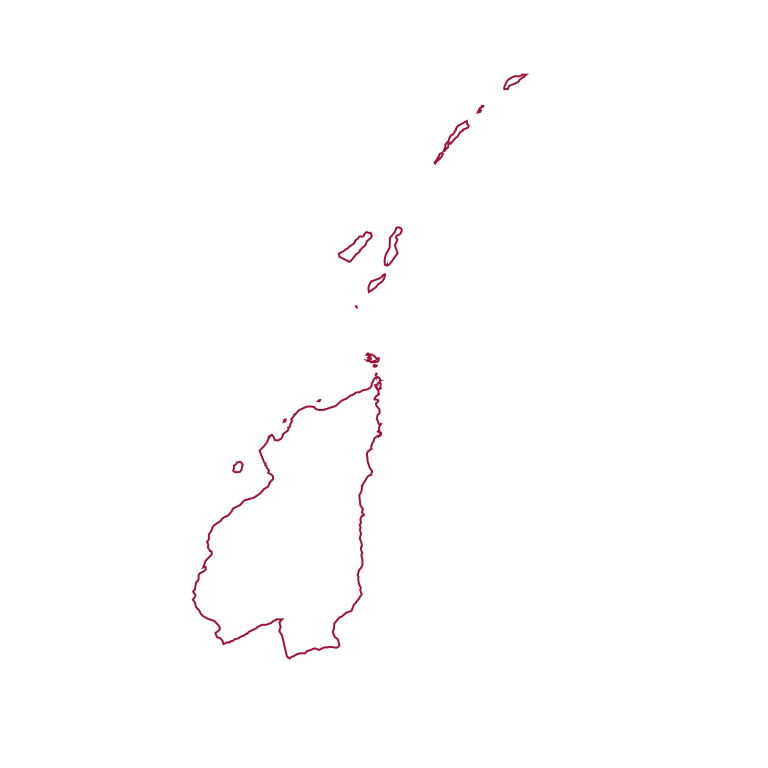 Seram Bagian Timur, Maluku, Indonesia, rotated 242°
{"feature_id": "22746128B38603798591380", "entity_name": "Seram Bagian Timur", "entity_type": "district", "adm_level": 2, "iso_a3": "IDN", "parent_name": "Indonesia", "parent_adm1": "Maluku", "projection": "equal_earth", "projection_center": [130.853, -3.88], "detail": "fine", "context": "isolated", "style": "outline", "palette": "rose", "viewbox_px": 768, "rotation_deg": 242, "n_neighbors": 0, "source": "geoboundaries", "source_scale": "gbopen_adm2", "svg_char_len": 6182}
<svg xmlns="http://www.w3.org/2000/svg" viewBox="0 0 768 768"><g transform="rotate(242 384 384)"><path d="M173.9,221.8L180.1,223.4L184.1,221.7L189.2,222.4L191.1,224.6L195.9,227.8L198.8,235.2L198.5,237.6L199.8,243.4L198.9,248.8L202.9,253.3L206.5,261.9L207.2,262.4L208.7,265.5L213.3,266.3L214.7,267.7L219.6,268.1L223.3,269.4L225.8,271.0L227.3,270.9L231.3,274.5L232.5,277.6L234.5,280.2L239.2,282.5L243.6,283.7L244.4,285.2L249.4,286.2L250.8,287.2L250.9,288.3L253.3,289.3L259.3,290.3L262.5,293.4L266.6,294.4L268.4,296.0L271.0,296.5L272.4,298.6L275.3,299.5L277.0,300.9L277.9,302.6L277.5,304.2L277.8,304.9L281.1,304.2L283.6,306.8L287.6,306.1L297.2,309.8L299.7,313.5L304.2,317.0L304.5,316.7L309.9,326.1L310.2,328.2L309.7,329.8L312.5,332.5L316.8,332.1L323.2,333.2L330.7,336.3L332.1,338.1L331.8,338.8L332.6,340.7L332.4,342.5L334.6,343.2L337.1,345.6L338.1,347.8L340.5,350.0L341.1,352.8L341.0,354.4L340.2,354.4L340.8,356.8L340.4,356.9L341.3,358.1L342.4,358.4L341.0,357.4L341.3,356.9L342.5,358.2L342.8,357.6L343.8,357.7L343.8,356.8L344.9,356.3L345.3,358.0L348.3,359.5L350.1,362.4L350.8,360.7L356.9,361.4L359.8,364.0L360.4,366.5L364.0,368.1L367.8,367.1L369.8,367.4L370.7,368.0L371.2,370.4L372.3,371.3L373.3,370.8L374.5,368.6L375.2,368.5L376.8,370.8L377.3,374.7L378.1,374.4L378.8,375.3L380.6,375.8L386.5,375.3L386.9,375.9L386.5,376.4L387.4,379.3L387.4,380.6L388.8,381.6L388.7,382.5L389.1,382.0L389.5,382.6L391.9,382.7L393.1,381.7L392.7,380.8L393.3,381.0L393.7,379.6L393.0,377.7L390.4,373.7L388.3,372.2L387.1,369.9L387.1,366.1L388.3,363.2L388.3,358.4L389.6,355.3L389.0,352.1L389.5,348.8L388.7,343.6L389.2,339.2L387.3,331.0L389.6,318.2L391.6,314.4L393.8,312.1L396.6,311.4L399.1,307.9L400.3,304.7L400.8,297.3L400.6,295.6L399.3,292.9L399.1,290.5L398.6,290.7L396.1,285.3L395.1,285.6L394.0,284.8L393.0,282.8L391.1,281.6L390.4,280.5L390.4,278.9L389.5,278.9L388.0,277.2L387.2,271.4L385.0,269.4L383.9,267.3L384.0,263.6L385.8,261.3L389.5,261.8L391.9,261.0L391.5,257.4L391.1,257.1L391.5,259.2L390.7,257.3L387.5,253.4L385.6,249.3L383.5,242.8L371.1,241.4L369.7,242.2L368.1,241.0L367.2,241.8L365.5,241.2L361.6,241.8L360.0,240.0L356.3,242.3L354.5,242.6L352.1,241.2L350.7,236.5L349.9,236.4L347.7,233.1L347.6,228.7L345.4,223.0L344.7,215.4L346.7,206.9L346.6,205.6L344.7,199.9L344.9,192.2L343.2,189.9L341.0,184.8L341.3,180.0L340.8,177.0L339.9,176.0L339.0,168.1L338.2,165.7L335.0,161.9L333.5,158.8L329.3,156.6L328.3,155.4L327.8,153.6L324.7,153.5L322.4,151.8L318.1,152.0L317.4,153.1L315.0,152.4L314.0,151.0L311.6,143.4L307.0,138.4L307.0,140.0L306.1,140.6L303.8,139.4L303.2,136.0L303.3,132.7L302.6,130.9L298.2,128.3L296.9,124.9L291.5,120.6L290.3,118.0L286.3,118.4L285.2,117.7L283.3,114.0L280.3,114.5L275.4,113.3L270.5,114.5L266.6,114.3L264.0,115.3L260.3,117.5L254.2,123.0L248.6,124.6L245.8,124.6L244.3,123.6L243.5,120.7L243.4,118.6L242.9,118.1L238.8,117.7L236.8,119.8L233.3,120.9L229.7,120.2L229.6,123.8L229.2,125.1L228.3,125.9L228.9,128.1L228.4,128.6L228.2,130.1L228.7,132.6L227.9,135.4L228.1,139.5L227.6,142.2L228.2,145.4L227.6,146.0L228.7,148.5L228.2,156.6L228.8,157.9L228.7,163.2L226.7,166.8L225.9,172.3L226.6,174.5L226.5,179.0L224.0,183.7L222.6,179.7L218.2,178.8L215.1,175.6L209.8,175.9L189.1,170.4L186.0,171.6L186.5,174.4L186.1,175.9L186.3,180.7L185.5,183.9L183.2,187.6L184.4,191.1L183.8,192.7L183.1,198.8L179.7,201.8L179.5,207.0L178.7,209.5L177.9,210.3L177.3,212.9L173.5,218.1L173.3,219.9L173.9,221.8ZM517.2,404.4L508.3,410.7L507.9,411.7L511.4,420.0L512.4,424.9L513.5,425.7L513.6,427.1L514.3,428.0L515.2,432.7L518.0,435.8L519.2,441.0L520.6,442.9L523.7,443.1L523.7,442.4L526.3,439.9L525.8,437.2L524.6,436.3L524.0,434.9L525.8,431.4L524.7,429.5L524.1,425.7L523.0,425.1L522.1,423.1L521.8,418.7L520.9,416.0L520.8,412.9L520.2,410.8L520.3,405.3L517.2,404.4ZM492.4,442.3L488.9,440.8L487.2,442.4L487.5,442.7L487.1,442.6L487.0,443.7L487.5,446.1L493.0,457.4L501.4,458.7L504.9,463.5L507.6,463.2L509.0,464.8L508.8,467.7L509.3,469.7L511.3,471.8L513.0,472.2L515.4,470.6L516.0,468.8L515.8,467.7L513.3,465.4L510.2,457.9L501.7,453.0L498.1,447.3L495.6,444.6L492.4,442.3ZM561.6,546.1L561.4,547.3L562.7,549.7L562.7,551.5L566.5,554.3L566.4,555.8L566.2,554.7L565.0,555.5L567.8,563.2L567.8,564.6L570.6,569.7L570.7,572.7L571.5,573.2L570.9,577.9L571.4,579.1L572.2,580.1L574.8,579.5L577.3,580.6L577.2,570.3L575.7,567.5L574.5,566.9L574.3,565.3L573.2,564.6L572.1,562.0L572.0,559.8L570.7,557.5L568.3,554.9L566.4,550.3L564.6,549.6L561.6,546.1ZM589.7,629.6L587.8,628.6L586.4,631.9L587.7,633.2L588.5,635.4L587.8,640.1L587.7,644.7L588.9,646.4L589.6,650.9L589.3,652.0L590.2,653.1L590.4,654.7L592.3,651.3L591.9,650.1L592.3,647.2L594.3,644.4L594.7,640.1L594.2,636.1L592.9,633.6L589.7,629.6ZM479.3,430.0L480.6,420.9L477.8,416.8L475.8,415.2L472.3,413.8L472.7,419.0L473.4,422.7L474.8,425.7L475.3,430.5L476.7,433.1L479.0,435.6L480.4,436.3L480.7,434.5L479.7,432.7L479.3,430.0ZM379.1,221.3L382.2,220.9L383.2,219.8L383.7,217.4L382.7,216.0L382.3,213.1L380.4,212.3L378.2,210.1L377.1,210.3L375.1,212.6L374.1,215.4L374.9,217.6L379.1,221.3ZM411.7,381.7L412.9,379.9L411.8,380.4L410.9,382.2L409.2,382.7L408.2,385.0L409.1,384.8L408.6,387.2L408.1,386.4L408.2,385.4L407.5,385.8L407.5,387.4L406.6,388.7L407.4,390.4L409.9,391.9L409.0,390.6L409.3,389.5L412.8,388.8L415.8,386.9L417.1,385.1L416.9,383.7L415.9,385.0L415.1,385.0L414.8,382.2L414.0,382.2L413.0,384.5L412.2,384.1L411.7,381.7ZM386.7,375.9L381.8,376.1L381.7,379.0L382.2,378.7L385.8,381.3L387.3,381.1L387.2,379.3L386.7,378.2L386.3,376.4L386.7,375.9ZM555.9,532.7L554.6,532.7L555.9,535.1L556.3,537.9L557.7,541.6L559.4,544.0L560.9,544.0L560.9,540.8L559.6,539.8L558.1,537.3L557.9,537.7L555.9,532.7ZM582.3,597.6L579.7,594.2L579.1,596.5L579.6,597.4L579.8,596.9L582.0,598.2L582.8,600.2L582.4,601.8L582.9,602.2L583.6,601.1L583.1,600.9L582.3,597.6ZM404.6,383.2L403.5,383.8L403.2,385.4L403.6,386.2L405.0,384.8L405.0,384.0L404.5,385.2L403.6,384.8L403.9,384.1L405.1,383.8L404.6,383.2ZM399.1,279.1L397.6,277.7L397.3,279.2L398.7,280.5L399.1,279.1ZM399.8,319.9L400.2,318.9L399.8,317.8L399.1,319.0L399.8,319.9ZM395.0,380.3L396.2,382.1L397.5,382.7L395.6,380.7L395.0,380.3ZM418.8,385.1L418.1,382.6L417.6,383.3L418.8,385.1ZM466.8,395.9L463.4,395.7L464.7,396.0L466.8,395.9Z" fill="none" stroke="#9f1239" stroke-width="2"/></g></svg>